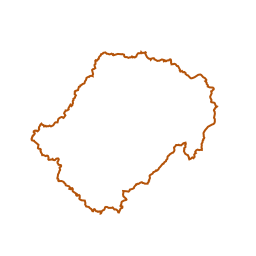 the district of Aluminé, Neuquén, Argentina, rotated 39°
{"feature_id": "61730980B74102790629524", "entity_name": "Aluminé", "entity_type": "district", "adm_level": 2, "iso_a3": "ARG", "parent_name": "Argentina", "parent_adm1": "Neuquén", "projection": "albers", "projection_center": [-71.146, -39.13], "detail": "fine", "context": "isolated", "style": "outline", "palette": "amber", "viewbox_px": 256, "rotation_deg": 39, "n_neighbors": 0, "source": "geoboundaries", "source_scale": "gbopen_adm2", "svg_char_len": 5790}
<svg xmlns="http://www.w3.org/2000/svg" viewBox="0 0 256 256"><g transform="rotate(39 128 128)"><path d="M195.4,113.8L196.1,112.5L196.5,110.4L197.9,110.2L197.7,109.1L197.9,108.5L196.2,107.0L196.2,105.7L196.5,104.8L195.7,104.7L195.2,104.2L195.1,102.3L195.7,101.0L197.2,100.4L198.2,99.2L199.2,98.6L198.3,97.4L197.3,96.8L196.1,94.8L195.4,94.4L195.1,93.8L195.0,92.4L194.0,90.8L194.1,90.0L193.5,89.5L193.7,88.3L193.4,87.5L192.1,86.9L191.1,85.6L190.3,85.0L189.7,84.0L189.3,81.2L189.4,77.6L189.3,76.9L191.2,72.3L191.9,71.2L192.1,70.1L191.6,68.6L189.9,66.5L188.4,65.9L186.6,62.3L185.1,60.8L183.8,60.4L183.3,59.5L183.5,58.7L183.2,58.1L183.2,56.9L183.6,56.2L183.6,55.3L182.5,55.7L179.7,54.1L178.9,54.2L176.5,55.5L176.0,55.3L175.3,53.7L173.0,52.7L172.1,51.9L171.2,48.4L169.6,47.2L170.0,46.7L170.0,45.1L170.3,44.1L169.7,43.3L168.5,43.2L165.8,45.1L163.8,45.6L163.2,44.5L161.3,44.2L160.6,43.3L158.6,43.0L159.0,42.1L158.6,41.3L156.5,40.8L154.4,41.2L151.7,40.7L150.9,40.8L150.4,41.0L149.1,42.5L147.8,46.6L147.0,48.1L146.2,49.3L145.3,49.9L141.4,49.4L140.7,49.8L139.1,49.8L138.7,49.8L138.2,49.1L136.6,49.0L135.8,50.0L134.1,49.7L133.9,50.4L133.2,51.2L132.0,50.7L131.9,50.1L127.9,48.4L127.0,49.0L124.8,48.5L123.5,49.0L123.0,49.9L121.8,51.1L121.3,50.5L120.5,50.4L119.6,49.1L118.4,48.0L117.9,47.9L117.2,48.6L117.2,49.8L116.2,50.6L115.7,51.4L115.7,51.9L115.4,52.3L114.5,52.1L114.0,52.4L114.2,53.1L113.9,53.6L113.4,53.2L113.0,52.6L111.2,53.4L109.9,56.2L109.1,56.7L108.6,57.4L105.8,57.8L105.4,58.1L104.4,57.5L103.6,57.9L102.6,59.3L102.7,60.7L101.6,60.3L100.3,61.1L98.1,60.9L95.2,59.6L94.5,59.1L94.4,58.2L93.9,58.1L93.3,59.4L92.0,60.4L91.7,61.1L90.5,60.8L90.7,61.3L90.4,62.3L88.9,63.4L88.8,64.0L89.0,66.2L89.5,67.3L89.1,68.0L88.9,68.9L87.9,69.1L87.3,70.1L86.6,69.8L86.0,69.9L85.8,71.3L84.9,72.0L84.2,73.2L82.4,73.6L81.9,74.2L81.0,74.7L80.1,74.7L78.8,73.5L77.0,74.2L76.8,74.6L73.4,76.9L71.1,80.4L70.2,80.0L70.0,80.7L69.3,80.4L68.4,80.6L68.1,81.3L67.2,82.5L65.4,83.1L64.7,83.7L62.9,83.5L61.5,85.1L61.6,86.1L60.6,87.8L61.2,88.8L60.9,90.0L60.9,91.4L61.6,92.3L61.4,93.0L61.7,93.3L61.4,94.1L61.4,95.3L60.3,95.5L60.2,96.2L62.4,98.6L62.2,99.8L62.8,100.7L64.9,102.0L64.4,103.6L63.7,104.4L63.6,105.6L66.9,108.0L67.5,109.8L67.8,110.0L66.8,110.4L65.9,111.3L65.6,111.9L65.7,112.6L65.1,113.0L64.2,115.1L65.1,117.0L65.2,118.8L66.0,120.6L65.8,121.3L65.0,122.4L64.8,123.9L64.2,124.8L64.7,125.8L63.9,126.9L65.3,130.0L63.7,132.4L64.1,132.9L63.9,133.5L64.8,134.4L65.1,135.2L67.0,135.4L67.2,137.0L67.7,137.8L67.2,139.8L68.1,140.5L68.0,141.5L68.5,142.3L69.6,143.3L69.8,144.4L70.4,145.3L70.2,146.6L68.6,146.2L69.3,150.2L70.2,150.9L69.8,152.3L69.3,153.1L68.5,153.6L68.8,154.1L68.7,155.4L69.1,156.8L71.4,157.6L71.6,160.4L71.4,160.9L70.3,160.8L69.4,161.3L68.5,163.2L68.2,164.9L69.7,168.0L68.1,169.2L67.9,170.0L68.2,172.9L67.3,175.0L66.8,175.4L65.6,175.4L65.0,176.8L64.2,177.3L63.5,178.3L62.7,178.1L61.8,179.6L60.6,178.9L59.4,179.5L58.0,179.1L57.8,180.5L58.3,182.2L58.3,183.3L59.0,184.4L59.7,184.7L60.0,186.2L59.8,187.5L58.7,187.5L58.3,188.2L57.4,188.4L56.8,189.8L57.3,190.6L58.8,190.7L59.1,191.1L59.2,192.9L58.9,193.3L58.9,194.3L59.3,194.6L59.2,195.5L59.6,196.3L59.9,196.6L59.9,197.1L60.3,197.3L60.5,197.8L61.3,198.0L63.0,197.0L63.4,197.3L69.0,197.4L70.6,200.3L71.4,200.4L72.9,199.5L73.6,199.5L74.0,199.8L74.3,200.9L75.2,201.2L75.7,201.8L77.1,202.1L78.4,203.1L79.4,202.2L81.8,201.6L82.4,200.4L83.3,200.1L84.8,200.9L85.8,202.5L86.5,202.6L88.7,200.3L88.9,199.5L89.9,199.9L91.1,199.3L91.5,198.6L91.6,197.0L92.4,196.0L93.0,195.6L93.9,195.9L94.5,197.5L94.5,198.7L95.2,199.5L96.1,199.7L97.2,200.3L99.1,199.1L99.9,199.5L100.2,200.1L99.7,201.6L99.8,202.0L101.6,203.2L101.8,203.8L101.7,204.4L102.6,206.6L102.8,208.1L103.8,209.6L104.5,211.2L104.9,211.7L105.4,211.4L106.4,211.8L106.9,212.8L107.2,212.9L107.6,212.9L109.7,211.0L111.9,210.4L113.5,210.9L114.3,210.7L115.7,211.7L119.0,210.4L120.5,210.8L120.7,212.2L121.8,211.8L122.1,211.3L122.3,209.9L122.5,209.8L123.6,210.2L123.9,211.1L125.0,212.0L129.9,211.5L130.4,212.1L130.2,212.4L129.7,212.5L130.2,212.9L130.8,212.9L131.3,212.5L132.0,210.9L132.9,210.9L134.2,212.3L134.5,213.4L135.2,213.8L137.4,213.4L140.1,211.6L142.2,213.2L142.7,214.3L144.9,215.3L147.3,214.0L148.5,214.3L150.5,214.1L152.7,215.0L153.3,214.6L152.7,213.2L152.8,212.3L153.5,212.1L154.7,212.6L155.7,212.7L157.0,211.8L157.5,212.0L158.7,210.3L159.4,210.4L160.5,211.7L160.7,211.3L160.6,210.6L160.0,209.3L160.2,207.9L160.8,207.1L160.9,206.1L160.1,204.0L160.5,203.2L161.6,202.5L163.2,202.3L165.8,200.1L166.1,199.4L168.7,199.9L169.7,198.9L171.8,198.7L173.5,199.7L174.1,199.4L173.0,195.4L173.2,194.6L173.8,193.7L173.6,193.2L173.0,192.5L172.4,192.7L172.0,193.2L171.2,193.3L170.6,191.1L169.9,190.2L169.6,189.2L170.5,186.9L171.9,185.0L171.9,184.6L171.1,184.2L167.4,184.0L165.9,182.7L165.0,180.9L163.9,180.0L167.0,177.9L168.5,177.1L168.6,175.6L168.2,174.7L169.8,172.5L170.4,171.1L169.9,170.0L169.9,167.8L170.2,167.1L169.8,166.8L169.8,166.4L170.3,166.0L170.7,165.1L171.4,164.8L172.0,162.7L172.9,161.4L174.0,161.5L174.9,160.9L176.1,160.7L178.3,158.9L177.9,158.0L178.0,156.9L177.4,156.1L177.6,155.6L177.0,155.0L176.8,153.6L176.2,152.7L174.9,151.7L174.8,151.3L174.8,150.7L175.8,148.0L175.5,146.2L176.1,145.5L176.5,144.0L176.9,143.6L176.6,143.1L177.4,142.6L177.7,140.9L177.3,139.7L177.5,138.1L177.5,134.0L178.1,133.5L177.8,131.7L178.4,129.9L177.9,129.0L178.0,127.2L176.8,125.4L176.8,124.1L177.2,123.4L177.0,122.3L178.0,119.4L178.5,118.9L178.5,117.2L178.0,115.9L176.1,114.3L176.0,113.8L176.3,112.8L176.1,110.9L177.9,109.6L178.0,109.1L179.0,108.9L180.2,108.0L180.1,107.6L180.7,106.2L180.5,105.7L180.7,104.9L181.9,103.2L183.0,104.0L183.1,105.3L184.0,105.8L184.7,106.9L184.3,108.0L184.8,109.0L185.3,109.2L186.0,110.8L188.7,112.0L190.5,111.8L191.8,111.4L193.1,112.3L193.8,112.4L194.5,113.3L195.4,113.8Z" fill="none" stroke="#b45309" stroke-width="2"/></g></svg>